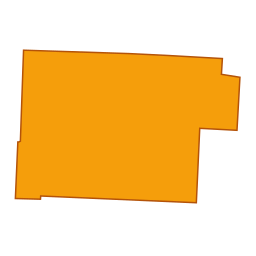 Crawford, Missouri, United States of America (Mercator projection), rotated 272°
{"feature_id": "52423323B82106170335401", "entity_name": "Crawford", "entity_type": "district", "adm_level": 2, "iso_a3": "USA", "parent_name": "United States of America", "parent_adm1": "Missouri", "projection": "mercator", "projection_center": [-91.306, 37.954], "detail": "fine", "context": "isolated", "style": "filled", "palette": "amber", "viewbox_px": 256, "rotation_deg": 272, "n_neighbors": 0, "source": "geoboundaries", "source_scale": "gbopen_adm2", "svg_char_len": 351}
<svg xmlns="http://www.w3.org/2000/svg" viewBox="0 0 256 256"><g transform="rotate(272 128 128)"><path d="M110.2,18.4L53.6,17.9L53.8,43.0L57.0,43.1L55.7,198.9L130.2,199.7L129.5,237.0L182.6,238.1L184.9,219.5L200.7,219.9L201.9,163.9L202.4,126.6L202.1,20.9L111.0,20.9L110.2,19.2L110.2,18.4Z" fill="#f59e0b" stroke="#b45309" stroke-width="1.5"/></g></svg>